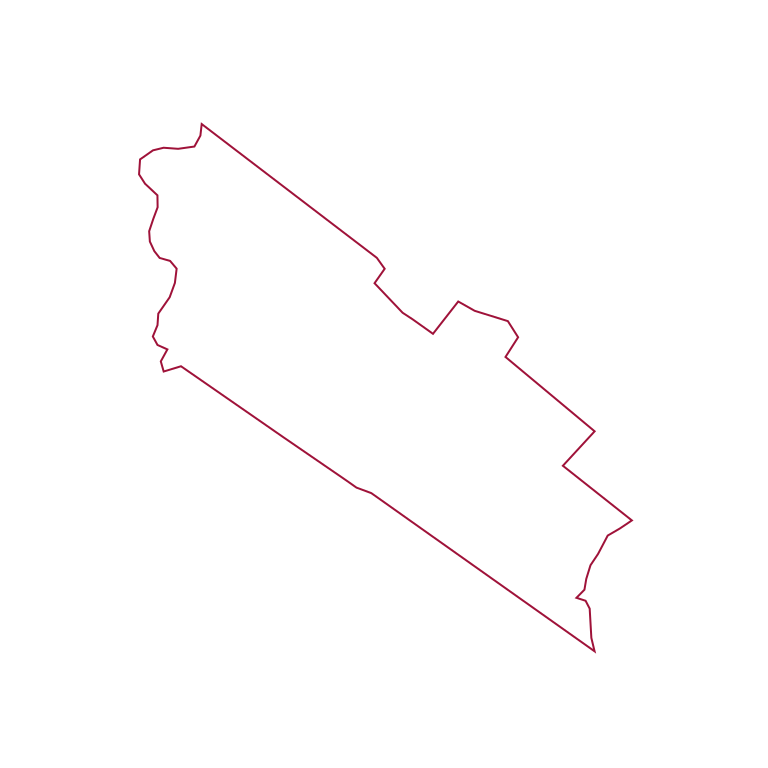 Vila Flores, Rio Grande do Sul, Brazil (Albers equal-area conic projection), rotated 218°
{"feature_id": "56859067B54992205336034", "entity_name": "Vila Flores", "entity_type": "district", "adm_level": 2, "iso_a3": "BRA", "parent_name": "Brazil", "parent_adm1": "Rio Grande do Sul", "projection": "albers", "projection_center": [-51.536, -28.86], "detail": "fine", "context": "isolated", "style": "outline", "palette": "rose", "viewbox_px": 768, "rotation_deg": 218, "n_neighbors": 0, "source": "geoboundaries", "source_scale": "gbopen_adm2", "svg_char_len": 857}
<svg xmlns="http://www.w3.org/2000/svg" viewBox="0 0 768 768"><g transform="rotate(218 384 384)"><path d="M667.5,372.2L663.1,359.8L656.2,352.1L646.8,347.3L638.4,345.2L628.3,349.3L618.4,347.2L611.0,334.9L606.3,320.4L605.2,300.5L598.7,290.9L595.4,279.1L586.5,275.3L576.0,277.9L573.8,264.4L565.3,258.2L554.9,273.0L430.4,280.1L354.2,284.8L341.9,285.4L326.8,290.2L53.5,303.0L64.3,311.6L83.6,333.6L91.7,337.3L100.7,334.0L99.4,345.3L104.6,354.9L109.7,368.3L110.7,381.9L114.4,402.3L109.2,415.3L104.7,429.1L192.7,429.7L188.9,476.4L304.9,480.1L307.1,503.4L325.1,509.8L357.6,497.5L376.3,494.7L376.3,453.7L401.2,452.6L413.2,451.6L453.5,457.6L454.4,475.2L467.3,479.0L687.7,476.6L681.6,466.7L679.6,454.4L691.0,442.6L703.1,434.5L709.9,425.9L714.5,410.8L706.1,398.4L695.6,394.7L678.7,393.2L671.2,383.9L667.5,372.2Z" fill="none" stroke="#9f1239" stroke-width="2"/></g></svg>